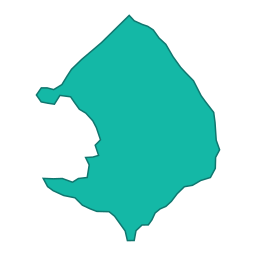 Jumirim, São Paulo, Brazil
{"feature_id": "56859067B92437086932539", "entity_name": "Jumirim", "entity_type": "district", "adm_level": 2, "iso_a3": "BRA", "parent_name": "Brazil", "parent_adm1": "São Paulo", "projection": "albers", "projection_center": [-47.796, -23.1], "detail": "fine", "context": "isolated", "style": "filled", "palette": "teal", "viewbox_px": 256, "rotation_deg": 0, "n_neighbors": 0, "source": "geoboundaries", "source_scale": "gbopen_adm2", "svg_char_len": 985}
<svg xmlns="http://www.w3.org/2000/svg" viewBox="0 0 256 256"><path d="M210.4,177.5L215.3,168.4L215.6,157.4L219.6,149.8L216.2,140.2L215.0,122.3L213.7,112.4L205.3,101.5L201.1,95.7L193.5,80.8L185.6,72.7L180.6,67.3L173.0,56.7L165.8,44.3L159.1,38.1L153.3,30.0L147.7,26.3L142.4,24.5L134.2,20.8L129.2,15.4L101.5,42.6L81.6,59.5L71.5,69.3L67.1,76.1L61.9,84.6L53.7,89.6L47.2,87.9L41.3,87.9L36.4,95.0L41.2,101.9L47.8,103.2L54.4,104.2L59.9,95.4L70.6,96.8L74.3,102.2L79.4,109.3L85.8,113.1L92.8,120.8L96.4,127.7L100.5,139.8L95.2,145.2L98.6,155.4L92.8,157.1L85.6,157.5L89.2,164.9L87.2,177.5L78.4,178.5L72.5,182.2L62.3,178.5L53.4,178.8L43.2,178.4L47.6,186.6L53.2,190.7L63.7,195.5L75.0,197.8L82.4,205.2L90.3,208.9L96.8,211.4L109.1,211.7L114.6,216.2L125.2,231.0L127.4,240.6L134.2,240.5L136.0,230.7L142.0,225.0L148.3,224.9L151.9,219.9L155.1,213.0L160.1,208.9L166.0,206.3L171.4,201.3L177.2,193.7L184.4,186.7L192.5,185.3L200.7,180.5L210.4,177.5Z" fill="#14b8a6" stroke="#0f766e" stroke-width="1.5"/></svg>